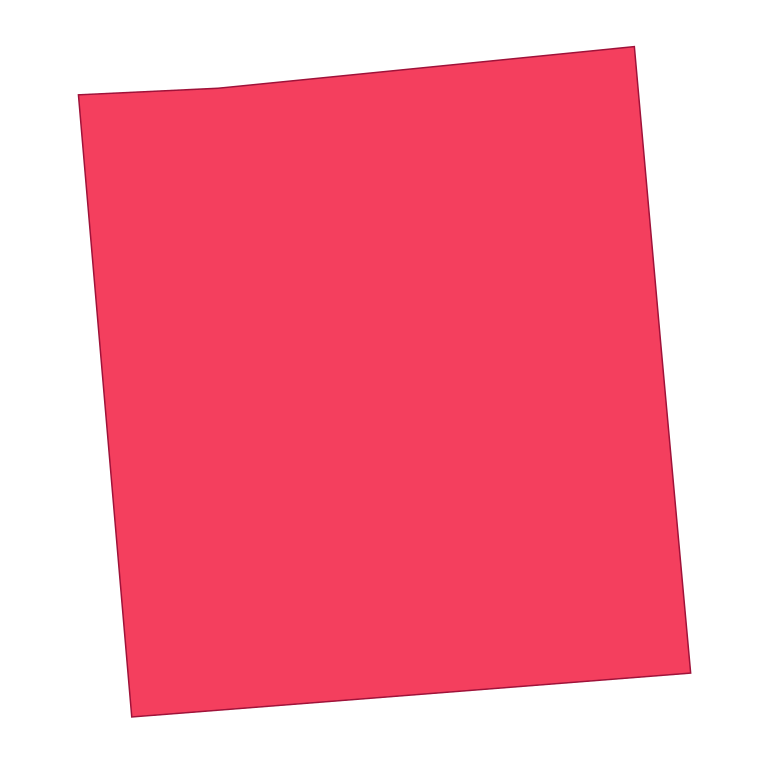 Wexford, Michigan, United States of America (Robinson projection), rotated 265°
{"feature_id": "52423323B1059568410794", "entity_name": "Wexford", "entity_type": "district", "adm_level": 2, "iso_a3": "USA", "parent_name": "United States of America", "parent_adm1": "Michigan", "projection": "robinson", "projection_center": [-85.559, 44.339], "detail": "fine", "context": "isolated", "style": "filled", "palette": "rose", "viewbox_px": 768, "rotation_deg": 265, "n_neighbors": 0, "source": "geoboundaries", "source_scale": "gbopen_adm2", "svg_char_len": 264}
<svg xmlns="http://www.w3.org/2000/svg" viewBox="0 0 768 768"><g transform="rotate(265 384 384)"><path d="M74.3,103.7L69.3,664.3L401.1,663.2L556.5,663.0L698.3,662.8L693.1,244.5L698.7,104.8L74.3,103.7Z" fill="#f43f5e" stroke="#9f1239" stroke-width="1.5"/></g></svg>